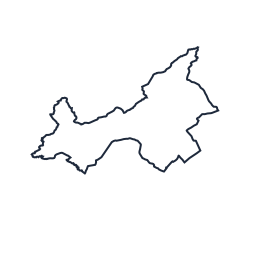 the district of Manica, Manica, Mozambique, rotated 244°
{"feature_id": "85939544B32725727804377", "entity_name": "Manica", "entity_type": "district", "adm_level": 2, "iso_a3": "MOZ", "parent_name": "Mozambique", "parent_adm1": "Manica", "projection": "natural_earth1", "projection_center": [33.017, -18.781], "detail": "fine", "context": "isolated", "style": "outline", "palette": "slate", "viewbox_px": 256, "rotation_deg": 244, "n_neighbors": 0, "source": "geoboundaries", "source_scale": "gbopen_adm2", "svg_char_len": 5841}
<svg xmlns="http://www.w3.org/2000/svg" viewBox="0 0 256 256"><g transform="rotate(244 128 128)"><path d="M142.9,30.7L142.5,31.3L142.3,32.2L141.9,32.6L142.2,33.2L141.8,34.3L141.5,34.6L141.1,34.7L141.4,36.1L141.0,36.4L140.8,36.9L141.0,38.1L140.9,38.3L140.1,38.5L139.7,39.0L139.4,38.4L139.3,37.2L139.1,37.2L138.5,37.4L137.6,38.3L136.5,39.7L136.3,40.6L135.9,40.9L135.8,41.9L135.5,42.1L135.4,43.3L135.0,44.6L133.6,47.3L133.4,48.6L133.9,49.4L135.1,50.3L135.4,51.0L135.6,52.2L135.2,56.2L134.8,57.5L134.3,58.2L129.9,61.4L129.7,61.8L127.7,62.9L126.7,63.3L126.6,62.5L126.4,62.0L126.2,61.2L125.7,60.6L125.8,60.0L126.2,59.6L126.3,58.9L126.0,58.8L125.4,59.4L124.7,59.2L124.6,59.6L123.1,60.4L122.6,61.3L120.9,62.1L120.5,62.6L120.5,63.3L120.4,63.5L119.8,63.5L118.5,64.1L118.3,64.1L118.3,63.6L118.1,63.7L117.7,64.9L116.4,64.8L116.5,65.1L115.9,65.0L116.1,65.4L115.8,65.8L115.3,65.8L114.9,65.4L114.6,65.5L114.1,66.2L113.9,66.1L113.9,65.3L113.8,65.2L113.1,64.7L112.8,64.7L112.1,65.7L111.0,65.9L110.4,67.0L110.4,67.5L110.0,67.9L109.7,67.6L109.4,67.6L106.1,69.3L106.4,69.9L108.1,71.5L109.0,72.9L110.9,74.8L111.3,75.4L109.3,82.3L109.8,83.1L111.2,84.3L112.9,85.0L112.8,87.3L113.4,91.3L122.4,107.2L122.6,109.4L122.4,110.8L122.1,111.6L121.6,112.1L120.4,116.6L119.9,119.3L119.0,121.9L118.4,123.0L118.1,124.9L117.7,125.6L115.7,127.6L114.8,128.9L113.5,129.7L113.0,130.4L112.3,131.1L108.0,132.3L107.6,132.3L107.0,132.0L103.6,129.5L102.0,128.1L100.7,127.4L99.9,127.3L94.6,127.8L93.9,128.5L92.4,129.5L90.7,131.3L87.9,131.8L86.9,132.2L85.8,133.5L85.3,134.3L84.6,134.9L84.0,135.1L83.1,135.2L82.6,134.7L81.8,134.6L81.5,134.8L80.8,135.4L79.7,136.1L78.6,137.3L77.3,137.6L75.4,139.0L73.4,140.9L73.1,141.3L74.9,144.9L75.5,144.7L75.8,145.0L75.6,145.5L75.7,146.0L78.3,152.4L78.5,153.3L77.8,153.7L78.0,156.4L78.3,157.5L78.7,158.7L79.9,160.3L80.8,161.1L80.9,161.4L80.7,161.6L78.3,162.1L75.5,163.1L73.0,163.5L72.3,163.7L74.0,170.0L75.2,178.9L76.0,183.1L86.7,183.4L87.1,182.9L87.7,181.7L88.0,181.4L89.6,181.2L92.8,181.5L98.4,179.8L99.9,179.6L100.1,179.8L100.6,181.8L100.7,185.0L101.2,188.3L101.2,191.4L103.7,194.6L105.4,194.0L106.0,194.0L106.3,194.3L106.5,195.3L106.4,196.4L107.9,200.6L107.6,201.5L106.8,203.0L106.2,205.8L104.9,209.2L104.7,210.6L104.2,216.7L105.7,216.5L107.4,216.9L107.9,216.8L108.5,216.4L109.5,214.4L110.4,214.0L112.2,213.5L113.4,213.5L116.4,212.6L117.7,212.5L122.8,212.8L125.1,212.6L128.0,212.7L129.9,212.3L132.2,211.0L135.8,210.6L139.9,207.6L141.4,205.5L143.8,204.3L144.4,203.8L145.3,202.5L145.7,202.4L146.8,202.9L148.1,203.9L149.9,205.8L151.1,207.3L151.9,207.9L152.9,208.3L154.7,208.3L155.0,208.4L155.7,209.6L156.0,210.3L156.0,211.1L156.6,212.6L157.2,212.9L158.6,212.8L159.1,213.8L159.0,214.2L159.3,214.9L159.0,216.5L159.0,218.0L158.8,219.1L159.9,219.8L160.4,221.3L161.0,221.5L161.3,221.4L162.0,220.4L163.0,220.1L163.3,220.2L164.3,221.5L165.0,222.0L166.5,222.7L166.8,223.2L167.2,224.4L167.6,225.0L169.6,225.8L169.8,226.2L170.1,225.9L169.7,224.8L169.9,223.7L169.9,222.6L170.4,222.0L170.6,220.2L171.2,219.4L171.1,218.6L171.8,217.5L171.9,216.6L171.4,216.3L171.2,215.8L169.4,214.3L168.6,212.6L168.5,211.9L168.8,211.3L168.8,210.3L169.0,209.4L168.8,208.0L169.4,206.9L169.2,206.4L169.1,204.8L168.9,204.4L168.9,203.4L168.2,202.3L168.1,201.1L167.9,200.5L167.9,199.2L167.6,198.6L167.4,197.4L167.1,196.7L167.2,195.9L166.6,194.8L165.7,194.4L165.2,194.1L164.3,192.6L164.0,190.6L164.0,188.5L163.5,187.7L163.4,187.2L162.9,186.7L162.7,186.3L162.8,185.4L162.7,184.5L163.1,182.8L163.5,181.4L164.3,179.8L164.8,178.0L164.6,177.8L164.9,176.0L164.8,174.4L164.3,173.5L163.7,173.0L158.7,165.3L158.9,158.8L157.2,158.5L156.3,157.7L155.9,157.6L154.3,158.3L153.8,158.3L151.9,157.0L151.2,157.2L149.2,158.4L148.6,158.5L147.9,158.1L147.2,158.2L147.8,156.7L147.5,156.1L147.5,155.6L146.9,154.5L147.2,153.8L147.5,153.3L146.8,152.0L146.9,151.8L146.7,149.0L146.2,145.7L144.8,143.8L144.6,142.3L144.0,141.6L143.8,141.1L144.0,139.6L143.7,138.7L143.8,138.1L143.5,137.5L143.8,136.3L143.9,134.8L143.7,133.9L143.5,133.7L143.3,133.1L143.2,131.8L143.4,131.0L146.3,130.9L148.6,129.9L150.7,127.9L151.2,127.2L151.4,126.5L151.4,126.0L151.1,125.0L149.9,122.9L149.7,121.2L149.6,116.1L149.3,115.2L148.3,114.1L148.1,113.0L148.8,111.4L149.4,108.6L150.2,106.1L150.0,105.2L149.3,104.7L149.1,103.8L149.3,102.0L149.5,95.9L149.7,94.7L150.9,92.9L151.7,91.3L151.4,89.0L151.7,87.5L152.3,87.5L153.0,86.6L153.7,86.2L154.9,85.1L155.7,83.6L156.6,82.8L157.6,82.3L157.9,82.5L158.5,83.7L158.8,85.2L159.6,86.1L160.0,86.1L160.6,86.4L161.2,86.4L161.8,85.9L162.6,85.7L164.6,86.1L165.3,86.5L165.5,86.5L165.5,85.9L165.7,85.7L166.9,85.1L168.3,84.9L170.4,86.2L170.5,85.7L170.9,85.2L172.1,85.1L172.8,84.6L173.6,84.8L174.9,84.7L176.5,84.8L177.7,84.6L178.6,84.2L179.3,84.6L180.3,85.6L181.3,85.9L182.3,85.2L183.0,84.3L183.1,83.2L183.7,82.2L183.7,81.7L183.1,80.4L182.2,79.6L182.6,78.6L182.6,76.5L181.4,76.9L181.1,76.8L180.7,76.0L180.4,74.8L180.4,73.4L180.6,72.3L180.4,71.8L179.9,71.4L179.3,71.1L178.8,70.3L177.7,70.0L177.3,69.7L176.0,69.6L175.2,68.9L174.4,68.0L173.6,67.6L173.3,66.9L173.3,66.1L174.2,64.7L174.3,64.1L173.6,64.0L169.0,64.7L167.2,65.5L166.2,65.8L165.2,66.3L163.7,66.2L162.4,67.0L161.8,67.1L161.5,67.0L161.1,66.0L160.0,65.1L159.9,64.1L159.2,63.6L158.2,62.4L157.9,60.9L156.6,59.6L156.0,58.4L156.1,57.3L156.4,56.3L156.2,54.8L156.5,54.2L156.6,53.5L157.4,51.9L157.4,50.8L156.9,50.0L156.7,48.6L156.1,47.1L156.7,46.6L156.7,46.2L156.3,46.0L155.9,46.2L155.2,46.2L155.0,45.9L155.1,45.1L154.9,44.8L153.7,45.0L153.4,45.8L153.2,46.0L152.7,46.1L151.8,45.0L150.6,44.3L149.9,44.2L149.7,43.8L150.0,43.4L149.9,42.9L150.2,42.6L150.4,41.9L150.3,40.8L149.8,40.3L149.8,39.7L149.2,39.5L147.7,39.8L147.3,39.0L147.3,34.8L147.0,34.3L147.3,34.0L147.1,33.6L146.5,33.5L146.2,33.1L146.6,32.3L146.6,31.7L146.8,31.3L146.7,30.5L146.3,30.1L146.3,29.9L144.8,30.2L144.2,29.8L143.6,30.0L143.4,30.5L142.9,30.7Z" fill="none" stroke="#1e293b" stroke-width="2"/></g></svg>